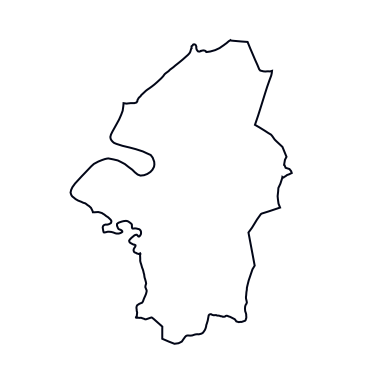 Kota Pangkal Pinang, Bangka-Belitung, Indonesia (Robinson projection), rotated 251°
{"feature_id": "22746128B92282941938888", "entity_name": "Kota Pangkal Pinang", "entity_type": "district", "adm_level": 2, "iso_a3": "IDN", "parent_name": "Indonesia", "parent_adm1": "Bangka-Belitung", "projection": "robinson", "projection_center": [106.108, -2.109], "detail": "fine", "context": "isolated", "style": "outline", "palette": "ink", "viewbox_px": 384, "rotation_deg": 251, "n_neighbors": 0, "source": "geoboundaries", "source_scale": "gbopen_adm2", "svg_char_len": 5928}
<svg xmlns="http://www.w3.org/2000/svg" viewBox="0 0 384 384"><g transform="rotate(251 192 192)"><path d="M148.6,270.2L152.8,270.0L157.3,270.9L160.2,271.6L164.2,273.5L167.7,275.0L171.0,278.2L175.5,281.6L176.7,282.3L176.3,282.5L176.2,282.8L176.1,283.1L175.9,283.3L176.2,283.9L176.5,285.6L177.1,287.4L177.1,289.5L177.5,292.5L179.5,292.5L182.0,291.6L184.4,288.4L187.5,288.2L187.7,287.9L192.2,290.4L194.5,292.8L205.2,292.2L212.9,288.1L214.8,287.2L218.7,286.1L220.5,285.4L223.1,283.2L226.2,280.8L231.1,276.8L235.0,273.4L242.6,279.3L248.8,283.9L262.0,293.6L266.7,297.1L272.4,301.6L276.3,304.8L278.4,306.1L280.5,307.1L280.6,305.1L281.5,302.8L282.1,300.4L282.9,298.7L284.6,296.1L286.1,295.5L291.0,295.2L296.4,294.7L303.4,294.2L308.7,293.8L315.8,293.4L318.1,288.0L322.1,279.0L322.8,277.7L323.0,277.7L322.6,275.8L321.5,273.1L320.9,271.1L320.5,269.9L319.9,267.7L319.1,264.9L318.6,260.1L318.9,255.0L319.6,251.3L319.8,251.0L320.8,250.8L321.4,250.2L322.1,249.1L322.3,248.2L322.5,246.7L322.4,246.7L322.3,246.3L322.4,244.5L323.1,243.4L324.0,243.1L325.0,242.8L325.8,242.8L327.1,243.0L327.8,243.4L329.0,243.4L330.1,243.2L330.7,242.5L331.0,242.0L331.0,241.0L330.3,240.2L330.0,239.1L329.6,238.8L328.0,238.4L328.0,238.2L327.9,238.0L326.4,236.9L325.5,236.3L324.5,235.4L323.7,234.2L322.9,232.7L322.0,230.5L320.3,226.4L319.3,223.8L318.5,221.6L317.2,217.9L317.0,217.3L316.1,215.1L314.8,211.0L313.9,209.2L313.5,207.9L312.8,205.7L312.4,204.7L312.0,204.0L311.1,202.8L310.4,201.6L309.5,199.9L307.2,194.7L305.9,191.5L304.8,188.3L303.9,185.3L303.3,183.1L302.7,181.3L301.7,179.1L300.1,175.5L299.3,174.5L298.7,173.0L298.2,172.1L297.7,171.6L297.4,171.2L296.8,170.5L296.1,170.1L295.4,169.7L295.1,169.1L294.7,168.6L294.8,166.4L296.0,162.9L296.7,159.8L296.7,159.6L296.9,158.8L298.3,156.2L295.7,155.1L291.4,152.9L288.1,150.2L284.3,146.7L281.2,143.3L275.0,136.4L272.7,134.1L270.6,132.7L268.7,132.4L267.0,132.7L265.3,133.4L263.8,134.3L262.1,136.2L258.3,141.3L254.1,147.9L250.8,152.8L246.4,158.7L243.5,161.7L240.4,165.0L237.3,166.0L232.9,166.1L230.3,165.4L228.2,164.3L225.9,161.8L224.5,159.2L223.6,155.6L223.5,152.1L224.3,148.6L226.2,146.3L229.2,144.4L232.5,142.8L236.4,140.1L240.3,137.6L243.7,134.4L246.0,132.1L248.4,128.3L251.0,123.8L251.3,122.2L251.5,120.2L251.5,117.3L251.3,113.4L250.5,108.4L249.1,105.1L245.1,97.4L242.8,92.9L240.7,89.0L238.1,84.2L235.5,80.5L233.3,78.4L231.0,77.0L229.4,76.9L227.9,77.0L226.7,77.4L225.2,78.4L223.2,79.6L221.0,81.5L218.8,84.1L217.3,85.6L216.1,87.3L215.2,88.0L213.6,89.0L212.2,90.1L210.0,91.3L208.7,91.5L206.3,91.8L205.1,91.7L204.5,93.5L203.6,96.8L202.5,98.5L201.4,100.0L200.2,100.9L199.3,101.7L197.1,103.1L195.5,104.4L193.2,105.6L192.4,106.0L191.7,106.2L190.7,106.3L189.9,105.9L189.1,105.3L188.8,104.1L188.6,102.7L188.8,101.0L189.3,99.9L189.4,98.5L189.2,97.6L188.6,96.7L187.5,96.0L183.9,95.4L182.6,95.4L182.2,96.1L182.0,97.8L181.9,99.2L181.6,100.3L180.5,102.7L179.9,103.6L179.3,104.5L178.0,106.0L177.4,106.9L176.7,108.7L176.5,109.8L176.5,111.0L176.7,112.4L177.0,113.1L177.6,113.3L178.5,113.0L179.5,112.2L180.1,111.3L180.9,110.5L182.2,110.2L183.4,110.2L184.4,110.1L185.4,110.4L186.2,110.7L186.6,111.6L186.9,112.9L186.9,115.1L186.9,116.0L186.7,118.0L186.2,120.2L185.4,121.6L184.4,122.5L183.0,123.5L181.5,124.4L180.4,124.5L179.6,124.1L178.9,124.0L178.2,123.7L177.1,123.7L176.7,124.1L176.4,125.1L176.2,126.2L175.7,127.3L175.2,128.1L174.6,129.0L174.2,129.7L173.7,130.2L172.7,130.7L171.5,130.9L170.5,130.7L169.4,130.3L168.6,129.8L167.9,129.0L167.4,128.3L167.1,127.3L167.6,126.7L168.4,126.5L169.6,125.8L169.8,125.0L169.8,123.6L168.4,119.9L167.4,117.9L166.8,117.1L166.4,116.7L165.7,116.6L165.1,116.6L164.1,117.0L162.2,118.7L161.6,119.3L161.1,119.9L160.9,120.5L160.1,121.2L159.5,121.1L158.7,120.4L158.1,119.6L157.4,118.8L156.9,118.3L156.0,117.8L155.4,117.7L154.5,117.7L153.9,117.9L153.0,118.7L152.6,119.3L151.7,120.0L151.4,120.6L150.8,121.2L150.7,122.2L150.9,123.0L150.3,123.1L149.1,122.3L147.0,121.7L145.4,121.2L143.8,120.6L141.9,120.4L140.1,120.4L136.9,120.2L134.6,120.3L133.0,120.2L131.3,120.0L129.5,119.9L128.2,119.6L126.4,119.3L125.1,119.3L122.0,119.1L120.3,118.8L118.7,117.6L117.3,116.9L114.8,117.0L113.9,117.1L112.7,116.7L110.7,115.4L109.2,114.1L107.2,112.2L105.9,111.1L104.5,110.0L103.6,108.8L103.4,105.5L103.1,104.9L103.0,104.0L102.8,103.4L102.3,102.8L101.8,102.4L101.1,102.0L100.7,101.8L99.9,101.6L98.8,101.4L97.5,101.0L96.8,101.0L95.9,100.9L94.8,100.4L93.2,99.6L92.7,99.5L92.3,98.9L91.8,98.2L91.5,98.2L91.4,98.2L91.0,98.9L90.8,99.8L90.2,101.1L89.6,103.0L89.0,103.7L88.0,105.0L87.4,105.8L86.9,106.2L86.6,107.1L86.6,108.7L86.6,110.6L86.6,112.7L86.4,113.1L85.9,113.5L84.5,114.4L74.4,120.1L71.6,119.1L62.9,116.1L58.0,121.5L54.2,126.0L54.0,127.0L53.5,129.5L53.4,130.0L53.6,131.8L53.9,133.7L55.4,135.7L57.3,138.4L57.8,139.5L57.9,140.3L57.7,141.4L56.8,143.5L56.6,144.2L56.3,145.6L56.3,146.3L56.3,148.0L56.2,148.9L56.0,150.0L55.7,151.0L55.2,152.1L55.1,153.3L55.0,155.0L55.4,156.6L56.4,158.0L57.3,159.2L58.6,160.4L60.3,161.6L61.4,162.1L62.8,163.2L65.3,165.0L69.9,167.6L70.4,168.4L70.5,169.2L70.4,169.8L70.2,170.3L69.8,170.6L69.5,170.9L69.2,171.2L68.6,172.1L68.3,172.6L68.1,173.7L67.7,174.8L67.4,175.1L67.0,175.5L66.5,176.8L66.2,177.4L65.8,178.0L65.3,178.5L64.9,179.4L64.6,179.9L64.1,180.4L63.8,181.2L63.6,181.7L63.5,182.7L63.8,183.4L63.8,183.9L63.7,184.5L63.2,185.4L62.6,185.9L61.7,187.2L61.1,187.8L60.5,188.4L58.1,190.7L57.4,191.2L56.5,191.4L55.2,191.8L53.7,193.9L53.6,194.6L53.4,195.6L53.1,196.2L53.0,196.8L53.0,197.6L53.0,198.5L53.0,199.5L53.0,200.2L53.3,200.8L53.8,201.3L54.5,201.7L55.2,202.3L56.2,202.7L57.1,202.9L58.7,203.4L59.8,203.5L60.8,203.5L62.1,203.5L64.0,204.0L64.7,204.2L66.5,205.0L67.3,205.6L68.1,206.3L68.6,207.1L69.7,207.9L70.9,208.1L73.7,208.4L75.1,208.8L76.5,209.5L79.7,210.9L81.7,212.0L83.5,212.7L85.6,214.0L87.6,215.3L89.9,216.8L99.2,224.0L102.0,227.3L135.3,232.2L138.7,237.1L141.9,241.0L144.8,244.5L148.1,249.1L148.7,250.0L148.9,251.0L148.7,257.9L148.6,270.2Z" fill="none" stroke="#020617" stroke-width="2"/></g></svg>